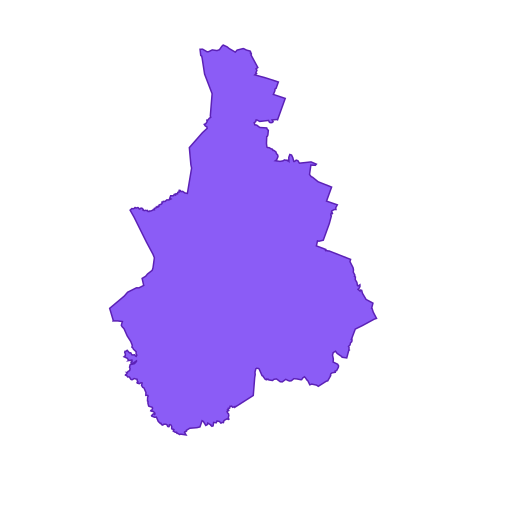 outline of Bērzaunes pag., Madona, Latvia, rotated 108°
{"feature_id": "27541924B65534695905374", "entity_name": "Bērzaunes pag.", "entity_type": "district", "adm_level": 2, "iso_a3": "LVA", "parent_name": "Latvia", "parent_adm1": "Madona", "projection": "orthographic", "projection_center": [25.995, 56.836], "detail": "fine", "context": "isolated", "style": "filled", "palette": "violet", "viewbox_px": 512, "rotation_deg": 108, "n_neighbors": 0, "source": "geoboundaries", "source_scale": "gbopen_adm2", "svg_char_len": 6130}
<svg xmlns="http://www.w3.org/2000/svg" viewBox="0 0 512 512"><g transform="rotate(108 256 256)"><path d="M76.7,373.1L82.4,370.5L82.6,369.5L84.6,368.3L98.9,361.1L115.2,347.9L137.0,342.7L138.1,341.9L139.3,342.9L141.7,343.9L142.0,344.7L143.3,344.0L145.6,344.6L146.8,345.9L148.0,344.4L148.4,342.6L149.7,341.9L155.2,345.0L173.5,352.9L189.4,346.1L192.3,344.4L217.7,340.6L218.0,343.2L217.2,345.7L217.8,346.8L217.8,347.6L217.1,348.1L217.2,349.3L218.1,349.3L218.8,348.8L219.7,350.1L221.1,349.8L221.4,351.2L222.8,351.3L222.6,351.9L222.2,352.1L222.8,352.9L223.9,352.9L224.3,353.4L225.1,355.8L228.1,355.9L227.8,355.3L228.0,354.5L229.6,356.2L230.2,358.2L232.2,359.3L232.7,361.1L233.5,361.3L233.8,362.1L235.2,361.6L236.3,362.3L236.3,362.7L237.6,364.0L238.6,363.7L239.1,364.6L239.5,364.2L240.3,365.2L240.1,365.9L240.9,365.8L242.2,367.4L243.4,366.9L243.6,368.1L244.3,368.3L245.8,370.1L246.1,371.2L246.8,371.5L246.7,372.0L247.0,372.5L246.2,373.5L246.7,374.3L246.7,375.3L247.4,376.4L247.2,377.7L246.5,377.7L245.8,379.2L246.0,380.2L247.3,381.1L247.2,382.0L246.6,382.5L246.4,383.3L247.5,384.9L247.2,385.7L247.3,386.1L248.3,386.5L249.1,387.5L249.2,388.7L251.3,389.9L256.7,384.0L276.6,364.5L286.2,354.5L289.1,352.1L299.1,350.3L301.7,350.3L306.6,353.6L309.4,354.7L312.5,357.4L318.7,353.7L322.5,357.5L323.2,359.9L330.1,366.9L334.8,368.9L351.0,379.0L361.3,371.9L361.9,371.9L360.5,367.6L359.6,362.8L363.5,362.7L364.6,361.5L365.9,359.1L371.8,353.8L375.9,348.8L379.1,346.1L381.1,345.8L381.5,344.7L382.5,343.8L384.1,340.4L386.1,339.8L387.1,338.7L388.5,338.9L388.4,339.6L387.5,341.1L388.1,342.3L388.3,343.6L386.8,345.2L387.2,346.4L385.5,349.4L386.9,350.3L387.1,351.1L388.2,351.1L389.7,349.9L391.2,349.5L392.6,350.4L393.0,347.0L394.4,344.9L395.0,345.2L393.3,341.9L394.4,341.3L395.6,342.1L396.6,341.5L395.7,339.6L392.7,337.3L393.2,337.1L395.9,338.3L397.4,340.6L397.8,341.7L398.3,342.1L400.9,341.9L402.1,340.9L404.0,340.8L405.4,342.1L406.5,342.3L406.7,342.9L406.9,342.4L408.3,342.6L409.2,343.4L409.7,343.3L409.7,342.0L410.7,340.6L410.3,339.9L410.3,338.9L411.9,337.0L412.1,336.2L411.8,335.3L410.2,334.1L410.0,330.9L411.4,330.4L412.2,329.4L413.2,330.0L413.6,329.6L413.5,327.5L412.0,326.2L412.0,325.0L414.4,324.9L415.9,323.2L416.1,321.8L419.8,318.5L422.6,317.7L422.0,315.9L422.6,315.3L423.9,315.4L427.4,314.4L427.6,313.8L429.4,313.3L431.9,311.7L432.0,310.5L431.9,308.2L432.6,307.3L434.7,307.4L435.3,308.3L435.8,308.3L435.9,306.8L435.6,305.6L436.7,303.6L437.7,303.3L438.0,303.4L437.6,304.3L437.9,304.9L440.1,306.0L440.5,305.7L440.7,302.5L440.0,300.9L443.5,297.9L444.9,295.1L444.5,294.8L445.8,293.0L445.6,292.4L444.5,291.7L443.8,289.7L444.1,288.4L445.4,287.3L445.3,286.1L444.6,285.9L443.4,286.3L442.9,285.7L443.1,284.5L444.2,283.5L446.4,282.8L446.5,281.4L446.3,281.0L446.5,280.4L448.1,280.6L448.6,278.3L448.2,277.0L449.1,276.4L448.9,275.5L449.4,273.5L448.7,272.6L447.8,267.2L445.7,269.6L445.3,269.5L444.6,268.4L443.9,268.0L443.4,268.4L440.3,265.8L437.5,259.1L435.9,256.5L429.3,256.4L429.6,255.0L432.7,251.4L431.3,250.1L429.8,250.2L430.6,246.7L431.0,246.7L431.6,245.3L430.8,244.3L427.4,244.9L426.9,242.3L425.0,242.1L424.7,239.6L425.8,237.7L424.6,236.5L424.5,235.5L422.4,235.6L420.8,234.2L419.8,233.2L420.0,231.8L419.6,231.4L418.1,232.5L416.3,232.5L414.5,233.4L414.0,234.6L412.7,235.5L411.4,234.1L410.9,234.4L410.8,234.7L411.3,235.1L411.0,235.6L410.3,235.1L409.4,235.3L408.9,234.1L406.9,234.2L406.7,233.0L406.3,232.7L407.1,231.4L405.8,229.7L406.4,229.4L389.5,215.5L371.9,219.7L369.1,220.1L366.7,221.1L363.3,221.3L362.5,220.6L362.2,218.7L362.4,218.2L367.9,213.3L367.9,212.6L370.4,209.2L370.5,208.2L369.8,207.8L370.2,207.3L369.5,206.8L369.4,206.2L369.9,205.6L369.3,201.8L367.7,200.8L366.6,198.5L368.1,194.1L367.6,192.1L364.1,189.6L364.5,187.0L364.5,185.4L363.7,183.8L361.0,182.1L360.3,179.2L359.8,175.0L359.5,174.4L357.3,173.7L355.9,172.6L357.0,170.7L358.2,169.4L358.2,168.9L358.8,168.0L361.9,165.0L360.6,163.4L360.1,158.5L360.7,156.5L353.3,150.4L352.6,149.2L346.7,148.0L346.4,148.4L344.8,148.4L343.6,147.5L342.1,144.7L341.1,145.2L340.1,143.9L336.5,143.3L335.0,143.5L333.7,144.9L333.0,149.9L330.1,150.6L326.6,152.6L324.0,152.7L322.0,151.0L323.6,148.7L325.1,143.6L325.7,142.8L324.9,138.2L317.3,138.6L316.6,138.2L316.4,138.7L314.3,139.2L313.4,140.1L311.6,139.1L309.3,139.3L308.0,138.5L306.7,138.6L305.3,139.1L305.5,139.5L294.8,139.0L289.5,133.5L279.5,124.0L278.1,122.1L273.1,127.2L269.6,129.7L269.7,129.9L264.7,130.2L263.3,137.9L258.6,143.2L256.0,144.9L256.1,146.2L257.2,146.2L256.2,148.7L254.6,147.9L252.9,147.7L251.3,148.3L252.9,149.6L252.7,150.4L249.9,151.9L247.8,154.3L245.2,155.0L245.0,156.0L243.6,156.1L241.3,158.5L239.1,159.0L237.1,160.1L232.3,164.9L230.0,165.0L228.6,188.3L229.0,188.9L228.9,190.4L229.4,191.3L228.8,192.0L228.2,191.8L227.7,201.7L222.6,202.2L222.5,200.7L220.2,196.9L202.6,196.3L194.6,196.7L194.0,197.5L192.6,197.7L192.3,197.3L192.4,196.7L191.9,196.4L190.9,197.3L190.9,197.8L189.8,197.9L187.7,196.1L187.1,194.3L185.5,195.1L182.2,194.5L182.0,205.9L167.1,205.4L166.2,219.9L163.6,226.6L163.5,228.0L161.9,230.3L152.6,231.9L151.4,227.6L150.0,227.0L149.5,232.7L154.3,243.4L152.4,245.6L152.4,247.4L154.2,248.6L154.4,249.3L151.1,251.4L149.0,253.4L149.0,255.2L152.1,255.3L155.8,254.0L155.2,255.2L155.7,255.5L155.3,256.3L155.7,257.0L155.8,258.6L157.2,259.8L158.6,262.4L159.4,267.0L158.2,266.1L154.7,265.8L153.3,266.5L152.3,268.2L150.8,269.3L150.0,271.9L150.3,272.4L149.3,273.6L149.4,274.6L148.9,277.1L149.3,278.4L149.0,279.3L145.8,280.8L139.1,282.7L138.6,282.2L137.2,282.1L132.7,283.1L131.9,284.6L130.9,285.4L132.6,292.1L131.3,295.8L131.6,297.7L129.8,298.9L128.3,297.8L126.5,297.9L126.4,296.5L126.9,294.1L123.2,286.0L124.5,284.7L124.8,283.7L124.3,282.1L123.0,281.2L121.6,282.7L119.7,278.2L119.8,277.6L97.1,276.9L97.0,289.4L93.0,289.1L91.6,289.5L90.8,289.3L90.4,288.7L83.6,288.5L83.6,301.2L84.1,313.1L82.2,311.9L81.9,312.8L79.1,312.5L78.0,313.8L76.2,312.5L66.3,322.9L65.3,322.8L64.8,323.2L64.6,324.1L63.9,323.9L62.9,324.9L63.1,328.7L62.6,331.8L62.8,332.5L66.0,337.6L68.5,338.7L67.0,345.6L66.0,348.1L65.5,352.4L67.1,353.3L71.1,354.5L72.7,356.6L73.5,361.3L76.3,364.2L76.9,365.6L75.8,370.7L76.7,373.1Z" fill="#8b5cf6" stroke="#5b21b6" stroke-width="1.5"/></g></svg>